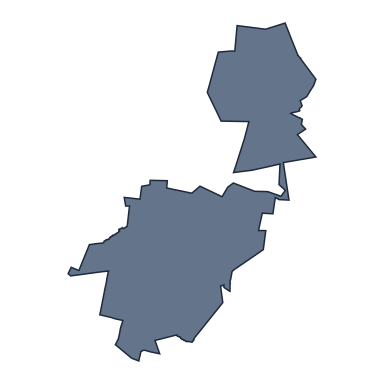 Salinas, San Luis Potosí, Mexico
{"feature_id": "50627088B4619703066828", "entity_name": "Salinas", "entity_type": "district", "adm_level": 2, "iso_a3": "MEX", "parent_name": "Mexico", "parent_adm1": "San Luis Potosí", "projection": "mercator", "projection_center": [-101.675, 22.823], "detail": "fine", "context": "isolated", "style": "filled", "palette": "slate", "viewbox_px": 384, "rotation_deg": 0, "n_neighbors": 0, "source": "geoboundaries", "source_scale": "gbopen_adm2", "svg_char_len": 5022}
<svg xmlns="http://www.w3.org/2000/svg" viewBox="0 0 384 384"><path d="M68.1,273.7L70.8,275.9L102.2,271.7L104.4,271.5L106.3,271.3L108.4,271.0L106.9,278.6L106.6,280.4L106.3,282.7L105.7,285.3L104.5,290.9L104.1,293.3L103.7,295.0L103.2,297.9L102.6,300.7L102.3,302.6L99.8,314.8L108.2,316.8L111.0,317.4L114.9,318.7L116.5,319.1L118.4,319.5L120.1,319.9L122.9,320.4L122.6,321.5L121.9,323.6L121.5,325.1L121.3,325.4L121.0,326.4L120.4,328.5L119.9,331.7L119.4,334.3L118.3,338.9L115.4,344.7L131.9,358.4L132.6,358.6L134.3,359.2L138.8,361.0L139.0,360.1L139.2,359.0L139.5,357.9L139.7,356.8L140.0,355.7L140.3,354.7L140.3,354.3L140.5,353.5L140.9,351.6L143.9,350.1L146.3,350.7L148.6,351.3L150.1,351.8L151.5,352.1L154.6,352.7L156.4,353.1L157.4,353.3L158.2,353.5L158.7,353.6L159.7,353.8L156.5,344.7L155.0,340.4L157.1,339.9L176.8,334.9L176.8,335.1L177.0,335.1L177.1,335.7L177.1,335.9L177.2,336.0L177.3,336.1L177.5,336.0L177.5,335.9L177.6,336.1L177.6,336.3L177.8,336.4L178.0,336.3L178.3,336.5L178.6,336.7L178.9,336.6L179.2,336.6L179.4,336.7L179.5,336.9L179.5,337.0L179.4,337.0L179.6,337.1L179.8,337.1L180.1,337.0L180.3,337.0L180.5,337.4L180.6,337.5L180.5,337.8L180.6,338.1L180.7,338.3L180.9,338.4L181.0,338.5L181.1,338.8L181.4,339.0L181.6,339.2L182.0,339.2L182.6,339.4L182.7,339.5L183.0,339.6L183.1,339.8L183.3,339.8L183.4,339.6L183.5,339.6L183.6,339.8L183.6,340.0L183.8,340.3L184.0,340.3L184.1,340.2L184.3,340.2L184.3,340.4L184.5,340.4L184.6,340.2L184.6,340.3L184.8,340.5L185.0,340.6L185.3,340.8L185.4,341.0L185.6,341.2L185.7,341.3L185.8,341.2L185.9,341.3L186.0,341.4L186.2,341.5L186.5,341.4L186.8,341.4L187.0,341.5L187.1,341.4L187.3,341.4L187.5,341.4L187.7,341.5L187.8,341.6L188.1,341.6L188.3,341.6L188.6,341.5L188.8,341.5L189.1,341.5L189.4,341.6L189.9,341.8L190.3,341.9L190.7,342.0L191.3,342.1L192.0,342.1L192.5,342.0L192.6,341.8L192.6,341.6L192.5,341.4L192.6,341.2L192.9,341.0L193.2,340.8L193.4,340.4L193.6,340.3L193.5,340.1L193.7,339.8L193.8,339.7L193.9,339.4L194.0,339.3L193.9,339.1L194.0,339.0L194.0,338.9L194.1,338.7L194.1,338.4L222.8,302.6L220.6,286.2L220.7,285.9L220.8,285.9L221.1,286.1L221.3,286.0L221.3,285.9L221.5,285.8L221.6,285.7L221.8,285.6L222.0,285.6L222.4,285.6L222.5,285.6L222.9,285.4L223.0,285.4L223.3,285.2L223.5,285.1L223.8,284.9L224.0,287.5L229.9,291.4L230.0,291.1L230.0,290.8L230.0,290.5L230.0,290.1L230.0,288.9L230.0,287.5L230.0,286.0L230.0,285.3L230.0,284.7L230.1,284.4L230.2,284.0L230.3,283.2L230.3,282.6L230.1,282.3L230.0,282.0L229.9,281.8L229.9,281.5L229.9,281.2L230.1,281.0L230.3,280.6L230.5,279.9L230.8,278.6L230.9,277.9L231.0,277.3L231.2,276.7L231.3,275.8L231.4,275.6L231.4,275.2L231.5,274.8L231.5,274.6L231.6,274.4L231.6,274.1L231.6,273.9L231.7,273.6L231.8,272.9L231.8,272.7L231.9,272.4L231.9,272.2L232.0,272.1L232.0,271.9L232.1,271.7L232.3,271.4L232.5,271.2L232.7,270.8L232.7,270.7L236.4,268.1L247.2,260.7L260.7,251.4L262.0,250.5L263.3,249.6L265.8,230.6L258.5,230.5L262.3,213.2L272.9,213.8L275.3,197.5L279.0,199.6L289.0,200.1L283.3,162.6L290.1,161.4L315.9,157.0L308.5,148.1L298.0,135.3L297.4,134.6L305.6,129.1L301.4,124.6L301.8,122.2L302.4,119.4L300.9,118.5L300.0,117.9L298.9,117.5L298.2,117.3L296.9,116.7L295.8,116.1L294.1,115.2L293.0,114.7L292.4,114.3L291.2,113.7L290.9,113.5L290.7,113.4L291.1,113.1L292.0,112.8L293.0,112.5L294.8,112.2L297.9,111.5L298.5,111.3L298.7,111.2L299.5,111.0L299.6,110.9L299.8,110.6L299.3,110.0L299.3,109.9L299.4,109.4L299.9,108.1L300.3,107.8L300.7,107.4L301.0,107.3L301.4,106.8L302.1,105.7L300.2,100.6L306.7,96.7L310.3,90.7L313.5,85.8L315.9,79.3L301.0,59.3L300.6,57.9L299.9,57.8L298.1,55.3L297.9,55.3L297.8,55.2L297.7,55.2L297.7,54.8L295.9,50.2L293.9,45.2L291.7,39.8L289.5,34.2L285.1,23.0L281.5,24.2L269.4,28.0L267.9,28.5L265.5,29.2L250.6,27.3L237.1,25.6L234.8,51.1L231.3,51.0L218.3,52.1L214.0,67.9L209.3,85.3L207.3,92.4L216.2,110.8L221.1,121.1L248.9,121.6L244.5,138.4L238.5,157.3L235.0,168.3L233.5,172.6L238.7,171.9L252.3,170.2L272.1,165.8L280.0,164.0L279.0,184.6L285.3,190.3L281.0,196.3L267.7,191.6L254.7,191.3L233.3,183.0L228.5,186.6L227.7,187.2L222.1,196.7L200.0,186.2L191.8,193.2L166.7,188.0L167.3,180.7L150.2,180.3L149.8,184.8L141.7,186.3L140.0,199.1L139.5,199.1L124.2,197.4L125.7,206.0L129.5,206.1L127.2,226.2L123.6,228.6L122.4,227.6L121.6,228.3L120.7,228.6L119.3,229.1L118.8,229.4L118.9,229.7L119.4,230.6L119.0,230.8L119.3,231.5L118.6,231.9L117.7,232.6L117.5,232.8L117.3,233.0L117.1,232.9L116.0,233.8L115.7,233.9L115.6,234.0L115.4,234.2L115.1,234.5L114.9,234.4L113.8,235.2L113.4,235.4L113.0,235.1L112.9,235.1L112.4,235.5L112.2,235.7L112.4,236.0L111.7,236.5L111.5,236.3L111.1,236.7L110.8,236.8L110.0,237.3L110.2,237.6L109.8,237.9L109.7,237.9L109.3,238.2L109.0,238.6L109.0,239.3L107.5,239.6L107.4,239.5L107.1,239.5L106.8,239.7L106.7,239.6L106.2,239.7L106.0,239.9L105.7,240.2L105.9,240.3L105.5,240.7L104.9,241.0L104.7,241.0L104.7,240.9L104.2,241.1L104.0,241.5L103.7,242.7L103.4,242.8L102.8,242.9L102.1,243.2L99.2,243.3L89.4,244.6L86.7,251.3L83.7,258.6L80.8,265.8L78.9,270.5L74.1,268.5L73.3,268.2L71.2,267.3L68.1,273.7Z" fill="#64748b" stroke="#1e293b" stroke-width="1.5"/></svg>